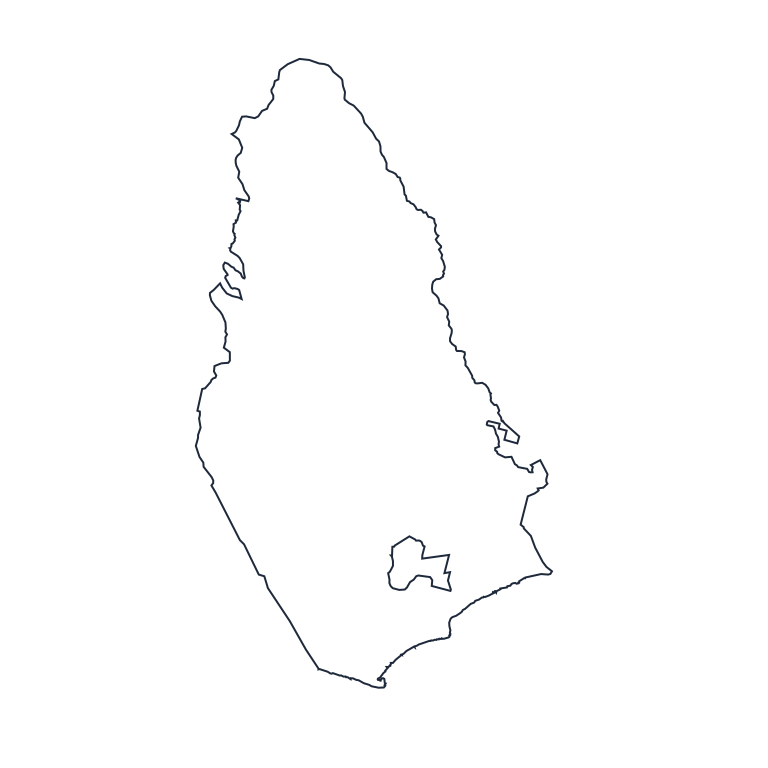 outline of Asahan, Sumatera Utara, Indonesia, rotated 104°
{"feature_id": "22746128B26461090721788", "entity_name": "Asahan", "entity_type": "district", "adm_level": 2, "iso_a3": "IDN", "parent_name": "Indonesia", "parent_adm1": "Sumatera Utara", "projection": "orthographic", "projection_center": [99.752, 2.847], "detail": "fine", "context": "isolated", "style": "outline", "palette": "slate", "viewbox_px": 768, "rotation_deg": 104, "n_neighbors": 0, "source": "geoboundaries", "source_scale": "gbopen_adm2", "svg_char_len": 6157}
<svg xmlns="http://www.w3.org/2000/svg" viewBox="0 0 768 768"><g transform="rotate(104 384 384)"><path d="M676.7,378.5L676.2,377.5L676.8,369.1L677.8,366.0L677.7,364.6L676.9,363.7L677.6,356.3L677.1,355.1L677.7,352.5L677.1,350.4L677.7,349.9L677.3,348.3L678.5,344.9L677.5,345.0L677.1,342.7L677.8,339.5L677.6,336.9L679.2,331.2L679.5,325.6L680.3,322.9L680.0,315.7L678.5,310.7L676.9,309.9L676.3,310.5L675.8,310.0L675.5,310.4L674.3,310.0L674.4,310.7L670.0,312.4L669.7,313.8L670.2,314.8L672.2,315.6L673.5,315.3L672.1,316.2L672.6,318.2L672.0,318.7L671.3,318.6L669.8,316.8L664.5,314.6L662.6,313.1L662.0,313.5L658.8,311.8L657.9,312.9L657.5,311.2L655.7,310.3L655.8,309.7L653.8,309.7L653.3,309.2L652.9,309.6L652.4,307.8L648.8,306.0L643.4,302.0L642.8,302.1L642.8,301.0L642.2,301.4L641.0,299.7L637.7,297.7L631.6,291.4L631.9,290.8L631.4,291.1L629.6,288.3L628.6,287.6L622.2,277.7L622.1,276.6L621.4,276.2L620.9,274.1L619.9,273.0L619.6,271.2L618.9,270.9L618.5,269.0L617.8,268.8L617.6,266.9L616.8,266.5L617.1,265.5L616.5,263.8L614.1,259.8L613.3,259.3L612.4,259.8L611.7,259.1L611.1,259.6L610.4,259.1L609.5,259.9L606.9,260.0L603.3,261.9L599.8,263.0L595.7,262.6L593.8,261.4L591.4,257.9L587.7,254.5L586.0,253.3L584.3,252.9L582.4,250.8L576.4,246.7L574.3,243.7L572.3,243.0L570.3,239.8L567.5,237.3L567.1,236.1L566.3,235.8L566.3,234.5L564.0,231.2L561.0,227.8L560.1,227.9L560.5,227.2L560.0,226.5L559.5,227.3L558.0,226.2L557.9,225.5L558.9,224.7L557.8,224.7L555.0,221.4L554.3,221.7L551.6,215.4L550.4,215.4L549.1,212.6L547.2,211.9L546.2,210.7L545.3,208.5L545.7,207.0L544.9,205.4L544.3,205.6L544.0,204.8L542.7,205.1L538.5,201.1L538.3,200.1L537.6,200.1L530.4,185.6L529.2,178.6L528.0,176.6L525.1,175.7L522.2,182.1L518.3,186.9L506.2,197.7L495.9,204.7L490.3,213.4L489.1,213.8L487.4,217.4L458.2,217.3L453.8,211.4L451.4,209.3L449.9,208.2L448.2,209.6L446.0,204.3L441.2,201.3L439.6,202.8L437.5,203.5L432.0,203.5L420.1,214.0L427.1,221.9L428.5,219.5L431.5,219.6L433.7,218.5L434.3,220.6L434.3,222.0L431.7,224.5L432.2,233.7L430.9,235.2L430.1,237.6L423.8,242.7L425.9,248.8L424.4,256.1L423.6,257.4L422.3,257.9L421.5,260.0L419.3,260.6L416.9,257.1L414.7,258.3L412.4,258.4L407.8,260.7L405.1,263.3L401.4,265.2L398.7,267.5L399.0,273.8L398.4,274.5L395.9,274.6L394.7,273.7L394.6,262.1L399.5,262.0L399.6,253.7L409.0,253.7L409.4,240.3L402.2,240.1L393.0,257.6L391.1,259.7L391.7,260.1L391.2,261.1L388.2,262.3L384.4,266.4L382.0,265.7L378.2,268.4L377.0,269.9L377.7,271.8L375.3,275.6L373.7,276.7L372.1,276.7L368.4,278.2L367.3,277.9L366.6,279.4L363.0,281.8L360.2,285.3L359.1,289.0L360.8,293.4L361.1,295.2L360.6,296.3L358.5,297.2L356.7,299.8L354.6,300.5L348.1,306.6L346.2,309.5L342.4,310.3L338.9,312.8L335.6,312.7L333.7,313.4L333.3,316.6L334.3,321.3L333.4,322.3L330.3,323.5L328.7,327.6L326.6,330.2L323.7,331.0L318.3,330.7L315.7,331.1L314.1,331.9L311.5,335.3L307.7,335.8L303.8,339.0L300.5,338.8L297.3,340.2L293.4,345.1L292.2,349.5L287.7,351.9L285.6,354.4L283.2,359.0L279.9,360.5L275.9,361.2L272.8,361.0L269.7,358.7L268.5,355.3L265.3,352.6L264.1,353.1L262.4,352.5L260.5,353.8L258.7,353.0L255.6,353.3L250.4,356.4L248.0,358.8L244.6,358.8L240.2,363.2L237.7,361.7L236.5,361.9L233.4,366.7L231.2,368.7L227.0,367.0L226.1,369.2L223.6,371.3L221.2,372.1L217.3,372.0L215.1,374.0L211.9,375.2L210.9,378.7L211.1,381.4L207.3,384.7L208.2,387.2L206.8,388.5L206.0,390.3L206.9,393.1L206.6,394.6L204.7,396.1L202.5,398.9L202.0,402.0L200.8,403.4L200.7,406.1L196.0,408.3L195.1,409.9L187.8,412.7L182.5,417.4L180.4,418.1L179.9,418.7L179.9,420.8L177.4,423.4L176.4,427.1L176.1,430.6L174.7,433.6L169.0,435.0L163.8,439.0L162.1,441.4L159.3,443.6L154.3,444.9L149.9,447.5L147.9,451.0L142.5,455.9L135.2,466.2L130.0,469.1L127.2,471.6L121.2,480.7L120.0,485.8L117.6,490.8L116.4,491.5L110.1,492.5L104.8,495.9L99.2,498.0L97.7,499.6L93.3,508.8L89.7,512.5L88.3,515.2L88.0,519.6L88.7,524.4L87.7,535.0L89.0,544.6L97.0,554.8L104.5,560.9L106.6,561.1L114.0,560.2L116.5,563.2L121.4,563.1L125.7,564.4L127.9,563.8L130.9,561.2L134.3,560.4L141.2,563.5L145.2,564.0L148.5,568.4L154.8,570.8L157.3,573.7L157.7,582.5L159.0,586.4L164.1,587.4L168.1,587.3L174.3,588.6L176.1,589.6L178.3,592.3L181.8,584.0L189.1,578.7L194.4,578.9L197.7,581.3L200.3,582.2L202.5,582.2L205.2,581.4L207.9,580.1L213.0,575.8L219.1,575.4L224.4,569.6L229.7,566.4L234.7,560.7L236.4,559.7L239.4,559.8L239.6,572.7L240.8,567.8L242.7,567.8L242.7,569.0L243.3,569.4L245.3,566.9L249.7,566.2L251.0,565.0L254.9,565.9L260.8,566.0L261.1,567.4L263.2,566.7L265.3,568.7L267.6,567.9L272.4,567.5L273.9,566.3L274.4,565.2L275.6,565.3L278.0,563.6L279.7,564.1L281.1,563.4L284.3,564.8L285.0,565.9L287.5,565.4L289.1,565.8L289.5,566.5L289.8,565.8L291.4,565.7L292.6,564.7L295.1,557.1L296.7,554.5L301.9,549.6L308.0,547.8L314.3,544.8L315.3,545.0L315.3,546.2L314.1,547.9L311.5,549.7L310.0,553.1L309.6,555.6L307.5,558.0L307.1,560.5L305.1,564.5L304.7,567.8L307.6,568.7L311.1,567.4L315.5,562.3L316.1,562.1L317.6,563.7L319.4,563.8L327.6,555.8L328.1,554.0L327.2,552.4L327.2,549.1L327.8,547.3L336.0,542.7L335.3,545.8L335.4,552.4L334.2,558.5L329.6,564.4L326.0,567.4L334.0,572.0L337.7,574.9L340.1,574.4L345.0,571.6L349.5,566.5L353.4,560.5L356.0,557.7L362.7,552.7L368.4,550.9L371.6,550.6L373.9,548.3L377.0,549.2L381.1,548.0L387.5,548.2L390.4,541.3L398.6,539.2L401.1,540.2L403.3,546.8L407.6,552.8L413.0,552.0L416.3,548.8L418.6,549.1L419.9,551.1L421.8,552.4L424.1,552.7L431.5,556.6L432.8,559.2L455.1,558.6L455.3,556.0L458.8,555.1L462.2,555.1L470.7,551.4L478.4,552.1L481.3,551.4L489.6,551.6L499.4,545.4L504.0,540.3L508.0,539.0L515.9,528.9L518.9,526.3L521.6,525.8L524.2,526.9L530.2,521.0L570.3,486.1L573.4,481.0L599.2,459.4L599.5,453.6L610.1,447.3L636.8,418.1L660.6,395.5L676.2,378.5L676.7,378.5ZM559.2,274.4L567.3,269.4L568.7,269.5L568.4,288.8L562.7,289.7L560.2,292.5L561.5,304.4L562.7,306.2L566.6,307.8L569.9,310.8L575.9,312.5L578.4,314.1L580.1,319.4L580.0,326.1L578.5,328.6L575.9,330.6L572.6,331.3L566.5,334.2L564.8,332.9L558.3,331.3L553.6,332.5L549.5,334.6L548.7,335.7L548.5,334.7L539.9,336.5L539.3,334.7L538.2,334.5L525.7,322.5L527.3,316.2L528.2,315.1L527.4,312.1L527.6,310.7L528.3,309.2L531.4,307.1L531.8,305.3L540.7,305.4L544.2,304.7L534.1,279.5L552.9,279.6L550.6,274.4L559.2,274.4Z" fill="none" stroke="#1e293b" stroke-width="2"/></g></svg>